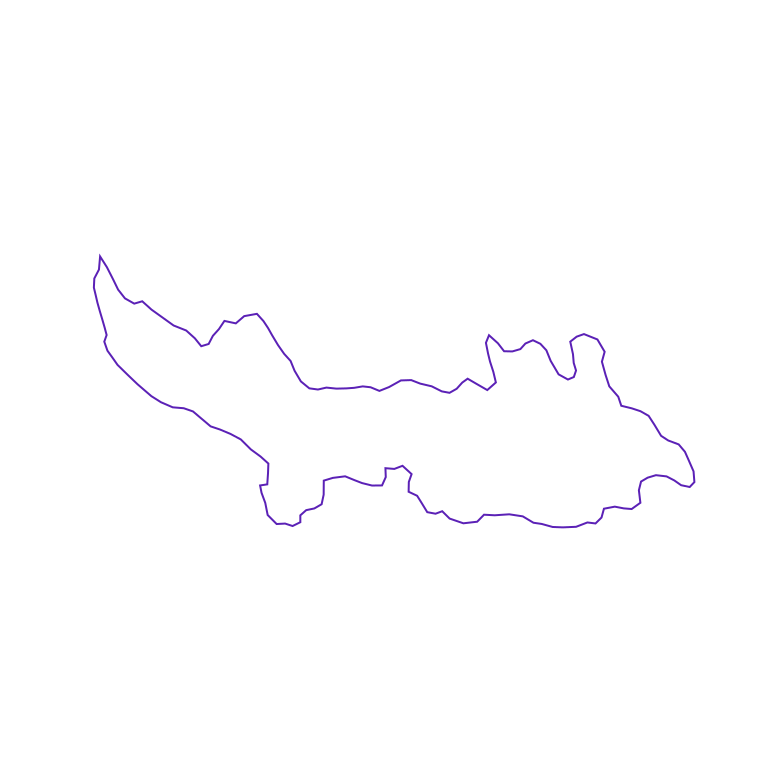 Piranguinho, Minas Gerais, Brazil, rotated 132°
{"feature_id": "56859067B29360452695295", "entity_name": "Piranguinho", "entity_type": "district", "adm_level": 2, "iso_a3": "BRA", "parent_name": "Brazil", "parent_adm1": "Minas Gerais", "projection": "equal_earth", "projection_center": [-45.586, -22.378], "detail": "fine", "context": "isolated", "style": "outline", "palette": "violet", "viewbox_px": 768, "rotation_deg": 132, "n_neighbors": 0, "source": "geoboundaries", "source_scale": "gbopen_adm2", "svg_char_len": 2346}
<svg xmlns="http://www.w3.org/2000/svg" viewBox="0 0 768 768"><g transform="rotate(132 384 384)"><path d="M479.2,680.3L489.7,672.4L499.4,669.9L506.5,664.1L510.9,657.7L515.3,651.4L520.1,643.8L524.8,636.1L529.1,629.2L533.2,622.9L539.7,620.2L544.3,611.8L546.1,603.5L548.1,594.8L548.7,580.4L549.1,567.0L548.7,548.8L546.8,537.6L542.7,525.4L536.0,516.6L532.2,507.6L531.9,497.2L531.5,484.5L527.6,475.5L523.8,464.6L521.0,453.3L521.7,439.2L520.5,427.1L520.5,416.7L527.9,410.5L536.7,403.6L542.3,408.2L546.8,402.2L551.8,392.7L559.2,382.8L559.9,370.1L553.9,364.1L550.7,356.9L542.7,353.7L537.6,358.3L529.8,357.4L523.1,352.5L515.1,349.9L506.6,354.8L496.1,364.1L488.0,359.2L478.6,351.1L475.2,341.6L472.3,334.0L467.5,325.0L460.7,317.6L452.0,320.4L445.6,326.6L440.2,319.5L432.4,315.5L432.5,303.2L440.2,300.0L447.6,293.6L444.9,284.6L447.2,276.5L450.3,266.1L445.9,258.9L439.6,255.6L440.1,245.2L434.4,231.8L424.0,222.6L414.2,222.2L407.5,213.9L397.0,203.7L389.5,192.3L387.1,180.1L382.5,173.2L377.4,163.0L370.9,155.2L361.6,145.7L350.8,140.2L346.1,133.5L337.7,133.0L329.5,137.1L320.7,130.4L316.0,122.6L311.2,116.3L300.7,114.0L292.4,123.5L284.5,127.7L277.2,125.4L269.8,120.9L263.6,112.2L261.4,103.7L260.4,95.5L256.0,87.9L249.2,87.7L241.8,95.5L236.7,106.7L233.0,115.0L231.7,124.6L235.8,135.0L237.1,143.4L233.4,155.6L230.6,166.0L232.6,175.2L236.3,183.6L241.4,193.1L236.7,201.4L235.0,215.0L229.0,225.4L221.6,237.0L212.4,241.6L208.1,255.2L213.1,268.8L219.9,272.5L227.9,273.9L235.4,263.5L241.4,257.1L245.5,250.3L251.8,247.6L257.6,250.3L260.0,260.7L255.3,275.6L250.3,285.9L249.5,294.7L251.8,302.6L259.3,306.0L266.8,306.0L273.9,310.4L279.3,316.7L277.5,326.6L277.5,338.6L285.2,335.8L291.7,327.1L296.4,320.2L301.8,310.9L308.0,301.9L319.4,303.2L322.0,315.3L324.1,325.4L330.6,326.8L338.9,326.8L346.7,329.4L350.8,336.1L353.8,347.0L359.5,357.4L362.9,366.4L370.0,373.8L382.9,378.2L392.2,382.8L395.4,391.8L400.0,398.2L406.8,403.6L412.5,409.1L419.3,416.3L425.2,424.4L432.3,429.4L437.2,436.6L437.7,447.5L434.0,459.3L429.4,468.8L428.4,478.4L426.0,488.8L422.6,499.9L420.0,507.6L417.9,515.7L416.9,525.4L427.1,533.3L438.1,534.7L443.9,544.8L453.6,543.4L462.7,543.4L471.6,541.1L478.2,545.1L476.6,555.2L476.6,566.8L481.3,579.5L482.9,594.0L484.3,606.6L484.3,619.0L491.4,623.4L493.7,633.8L491.8,644.7L487.4,655.6L482.6,668.1L479.2,680.3Z" fill="none" stroke="#5b21b6" stroke-width="2"/></g></svg>